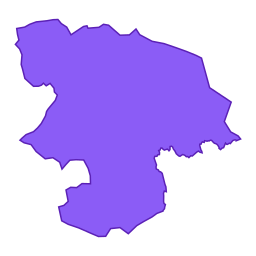 Pelathousa, Paphos, Cyprus (Equal Earth projection)
{"feature_id": "46923920B82267121536699", "entity_name": "Pelathousa", "entity_type": "district", "adm_level": 2, "iso_a3": "CYP", "parent_name": "Cyprus", "parent_adm1": "Paphos", "projection": "equal_earth", "projection_center": [32.477, 35.029], "detail": "fine", "context": "isolated", "style": "filled", "palette": "violet", "viewbox_px": 256, "rotation_deg": 0, "n_neighbors": 0, "source": "geoboundaries", "source_scale": "gbopen_adm2", "svg_char_len": 2357}
<svg xmlns="http://www.w3.org/2000/svg" viewBox="0 0 256 256"><path d="M236.4,140.7L240.6,139.0L238.1,135.9L230.7,131.9L224.3,121.6L231.2,102.1L209.6,87.7L201.5,58.1L196.1,55.4L186.3,51.4L175.7,47.6L164.0,43.6L152.1,41.3L139.7,34.7L136.0,29.0L129.4,34.9L120.0,35.2L108.6,25.2L103.5,24.3L99.0,27.3L89.1,28.1L88.7,28.2L87.9,28.1L87.0,25.8L83.5,26.5L71.0,34.8L66.7,27.1L61.3,23.6L57.9,19.5L53.2,19.7L46.7,20.8L36.2,21.9L29.7,24.3L24.7,27.1L16.7,28.5L17.5,34.3L18.9,40.1L15.4,44.4L19.6,48.9L22.0,54.8L21.2,64.5L22.5,68.9L24.9,78.5L33.5,86.3L38.6,86.2L41.5,85.1L43.4,83.2L46.2,85.8L50.1,83.4L54.0,88.2L54.4,92.0L57.3,95.0L55.3,100.4L48.3,108.8L46.6,111.4L45.5,115.9L41.3,123.5L37.5,128.0L33.5,131.7L26.1,134.6L22.0,138.2L20.0,140.2L24.1,142.8L31.1,144.6L36.1,151.5L45.2,158.8L52.9,157.7L59.7,162.2L62.0,169.1L66.0,164.4L69.9,160.2L76.0,159.7L83.7,160.0L88.2,168.4L90.3,175.7L90.5,183.8L82.0,183.6L76.7,187.6L70.7,187.3L66.0,190.0L68.2,201.4L63.9,205.4L58.7,206.9L61.7,220.8L68.2,224.3L78.7,227.9L91.2,233.4L98.5,236.5L105.7,236.3L106.1,235.6L110.6,228.6L120.0,227.6L128.3,233.7L136.8,225.6L143.9,221.4L152.1,216.9L156.9,213.4L163.0,211.1L163.0,210.6L164.5,208.7L164.7,207.1L165.4,204.5L164.0,203.5L163.6,201.5L163.7,195.7L163.5,193.4L164.3,191.1L166.3,191.7L165.9,186.8L164.9,184.2L162.2,173.3L160.7,171.9L159.2,171.5L158.3,169.9L156.3,169.0L156.0,166.9L156.5,165.0L154.2,158.3L154.7,156.4L155.6,156.3L156.9,156.3L157.4,155.7L157.4,155.2L158.2,154.6L159.4,154.6L159.5,153.8L159.5,152.2L158.7,150.5L160.1,150.0L160.8,148.1L161.9,148.0L162.9,149.1L164.3,150.1L167.3,149.1L168.3,149.9L169.0,150.8L170.0,149.6L170.0,148.0L170.1,146.5L171.5,146.2L172.6,147.0L173.3,148.9L174.9,151.0L176.3,153.8L178.7,155.9L180.0,156.3L181.6,155.2L182.8,154.5L184.8,155.3L186.3,156.7L187.6,156.5L188.9,157.6L190.7,155.8L192.3,156.0L197.0,151.9L198.5,151.1L199.9,152.2L202.1,152.8L201.8,151.4L201.4,150.6L200.9,149.9L199.7,145.4L199.8,144.2L201.1,144.1L201.4,143.1L202.3,141.9L204.2,142.4L204.6,140.7L207.1,141.2L207.7,141.0L208.8,140.8L209.3,140.9L210.4,140.2L211.6,140.4L213.7,142.7L214.6,143.3L216.1,143.8L216.9,144.3L217.8,145.2L219.1,147.5L219.0,148.4L220.6,149.6L222.1,148.1L223.6,147.7L225.5,143.1L226.6,144.3L227.3,144.4L227.8,144.2L228.4,143.7L229.4,143.2L230.3,143.6L232.9,140.5L235.0,139.8L236.5,140.3L236.4,140.7Z" fill="#8b5cf6" stroke="#5b21b6" stroke-width="1.5"/></svg>